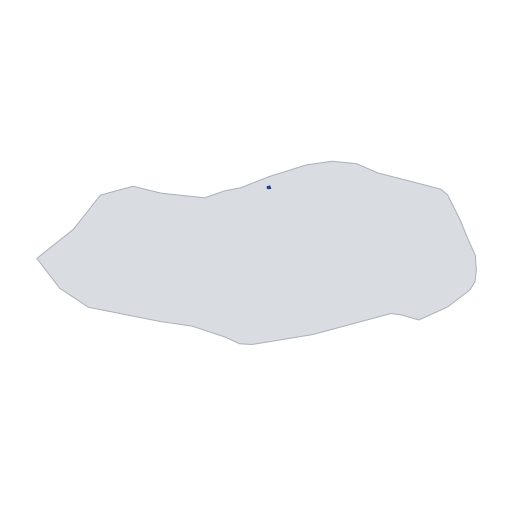 location of 22, Ad Dawhah, Qatar, rotated 265°
{"feature_id": "91078587B26591597392685", "entity_name": "22", "entity_type": "district", "adm_level": 2, "iso_a3": "QAT", "parent_name": "Qatar", "parent_adm1": "Ad Dawhah", "projection": "equal_earth", "projection_center": [51.508, 25.289], "detail": "fine", "context": "in_parent", "style": "filled", "palette": "blue", "viewbox_px": 512, "rotation_deg": 265, "n_neighbors": 0, "source": "geoboundaries", "source_scale": "gbopen_adm2", "svg_char_len": 733}
<svg xmlns="http://www.w3.org/2000/svg" viewBox="0 0 512 512"><g transform="rotate(265 256 256)"><path d="M273.6,462.7L255.0,468.4L237.6,474.5L223.0,474.3L211.3,471.9L203.6,466.1L188.6,442.7L178.1,412.5L184.7,395.6L186.9,385.1L172.8,305.6L168.2,244.5L170.0,232.0L178.2,217.6L191.8,185.9L199.0,155.3L219.5,84.6L241.1,57.5L272.7,37.5L298.6,76.5L330.2,106.3L336.2,139.6L326.9,166.8L318.4,210.0L323.5,229.9L325.4,247.1L334.0,276.1L342.3,313.7L343.8,339.9L339.2,364.1L328.2,384.5L306.5,445.9L300.0,452.3L273.6,462.7Z" fill="#d9dde1" stroke="#a8b0b8" stroke-width="1"/><path d="M324.3,275.7L324.1,275.1L323.9,273.4L322.5,273.4L322.3,274.2L322.2,275.3L322.2,276.2L324.3,275.7Z" fill="#3b82f6" stroke="#1e3a8a" stroke-width="1.5"/></g></svg>